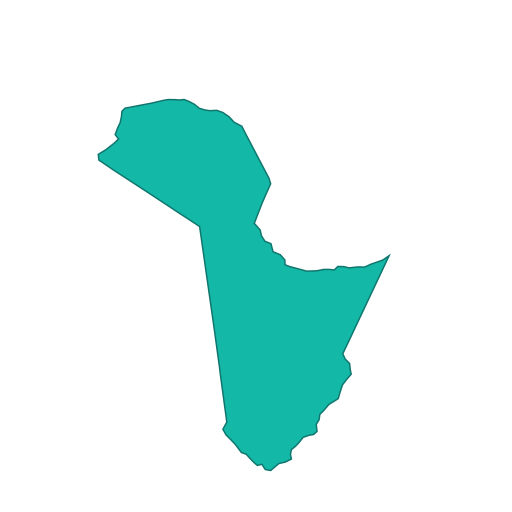 Rio Formoso, Pernambuco, Brazil (Mercator projection), rotated 60°
{"feature_id": "56859067B3129544617161", "entity_name": "Rio Formoso", "entity_type": "district", "adm_level": 2, "iso_a3": "BRA", "parent_name": "Brazil", "parent_adm1": "Pernambuco", "projection": "mercator", "projection_center": [-35.214, -8.663], "detail": "fine", "context": "isolated", "style": "filled", "palette": "teal", "viewbox_px": 512, "rotation_deg": 60, "n_neighbors": 0, "source": "geoboundaries", "source_scale": "gbopen_adm2", "svg_char_len": 1480}
<svg xmlns="http://www.w3.org/2000/svg" viewBox="0 0 512 512"><g transform="rotate(60 256 256)"><path d="M94.4,344.1L110.4,336.4L128.7,327.1L153.2,314.7L181.3,300.7L187.9,297.3L194.3,294.1L202.3,290.1L301.9,330.1L306.5,332.0L311.2,333.9L334.0,343.2L338.8,345.3L385.2,364.3L389.5,371.3L396.0,371.4L402.3,369.7L409.0,368.1L418.9,366.9L422.9,363.5L427.6,362.6L433.8,361.0L438.0,359.6L439.3,355.1L445.6,354.7L449.1,350.5L448.0,344.8L447.2,339.9L449.1,333.6L449.5,326.8L445.1,325.4L441.4,322.2L440.5,316.8L439.1,312.1L436.6,305.9L437.8,299.6L439.4,295.3L438.4,290.8L431.9,288.0L429.4,283.3L425.0,279.8L423.9,275.3L421.0,267.1L420.8,260.5L420.6,256.1L416.7,252.1L410.8,245.5L407.8,238.1L406.0,232.7L401.6,231.2L395.9,228.7L389.8,230.3L384.0,229.7L376.4,218.6L322.3,140.6L322.9,148.4L320.6,160.3L319.9,167.5L316.4,173.2L312.8,181.4L309.3,185.0L306.0,190.3L307.2,195.2L304.1,199.5L301.6,203.9L299.1,211.0L294.5,219.6L288.2,225.9L281.7,232.4L278.1,235.2L273.8,233.0L267.1,234.3L260.8,239.1L252.8,236.9L247.7,240.9L241.4,241.2L235.5,239.4L226.9,241.2L213.2,224.2L208.1,217.3L200.8,207.2L195.3,205.9L143.3,203.8L136.6,203.4L129.2,208.1L122.0,209.7L115.1,213.0L110.2,217.2L107.1,223.3L104.2,227.0L99.7,231.3L94.0,233.4L88.9,236.6L84.5,240.0L82.7,244.2L79.6,248.8L76.8,253.5L75.2,257.5L71.5,269.7L62.5,295.5L63.7,299.8L68.1,302.9L72.7,307.1L75.9,311.8L80.5,317.3L85.9,316.5L87.3,321.9L88.0,326.6L88.9,333.3L89.1,341.8L94.4,344.1Z" fill="#14b8a6" stroke="#0f766e" stroke-width="1.5"/></g></svg>